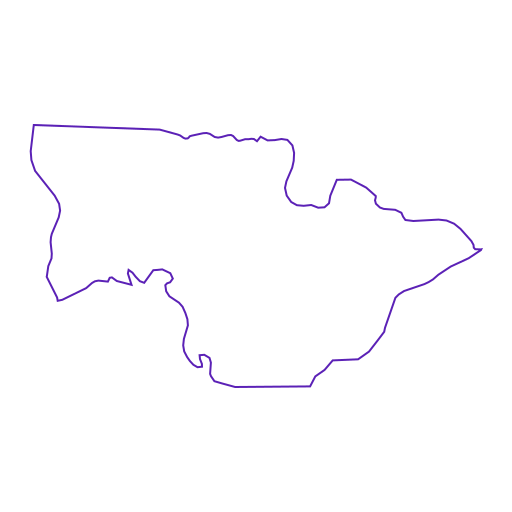 SVG path tracing the border of Koundara
{"feature_id": "GIN-5646", "entity_name": "Koundara", "entity_type": "Prefecture", "adm_level": 1, "iso_a3": "GIN", "parent_name": "Guinea", "parent_adm1": "", "projection": "mercator", "projection_center": [-13.196, 12.344], "detail": "fine", "context": "isolated", "style": "outline", "palette": "violet", "viewbox_px": 512, "rotation_deg": 0, "n_neighbors": 0, "source": "natural_earth", "source_scale": "10m", "svg_char_len": 2036}
<svg xmlns="http://www.w3.org/2000/svg" viewBox="0 0 512 512"><path d="M177.2,134.4L178.4,134.8L180.2,135.5L183.6,137.9L185.4,138.6L187.7,138.4L188.8,137.5L189.7,136.3L191.6,135.7L203.2,133.2L206.6,133.0L209.9,133.9L214.7,137.0L218.1,137.6L221.5,137.0L228.0,135.2L231.0,135.0L233.1,136.0L236.8,140.0L238.6,140.9L240.2,140.7L245.1,139.2L248.6,139.2L251.3,138.8L253.9,139.0L257.0,141.2L260.6,136.7L267.6,140.4L274.8,140.1L281.5,139.0L287.4,139.9L292.4,145.4L294.1,152.9L293.7,160.9L292.2,167.7L286.4,181.3L285.0,187.9L286.7,195.6L291.2,202.0L296.9,205.2L303.7,205.8L311.2,205.0L318.2,207.7L324.5,207.3L329.0,203.3L330.3,195.7L336.8,179.8L351.0,179.6L366.2,187.6L375.8,196.1L375.7,197.7L375.0,200.3L375.9,203.7L379.9,207.5L383.7,208.9L395.2,209.8L401.4,212.8L403.1,216.7L405.4,220.0L413.4,221.0L438.5,219.6L446.5,220.5L454.1,223.7L460.5,228.9L471.4,241.1L473.5,244.9L473.8,247.7L475.2,249.2L480.8,249.4L481.3,249.3L481.0,250.0L468.7,258.2L450.8,266.5L438.4,274.7L433.0,279.4L428.6,282.1L424.4,284.1L404.1,291.0L398.8,294.4L395.4,297.8L385.0,327.8L384.2,331.8L377.7,340.4L369.0,351.6L358.1,359.3L332.7,360.4L324.6,369.9L315.3,376.4L310.1,386.4L235.1,387.0L222.3,383.5L214.4,381.2L211.0,376.2L210.1,373.9L210.5,368.1L210.9,362.6L209.5,357.9L204.3,354.8L199.6,355.2L200.0,359.1L201.9,363.9L202.0,366.7L197.5,367.2L193.4,364.8L189.9,361.0L187.1,357.0L184.2,351.4L183.2,345.4L183.9,338.9L187.9,325.4L187.4,319.2L185.4,313.1L182.6,306.8L179.0,302.7L173.6,299.1L169.4,296.3L166.2,291.3L165.3,285.2L167.1,283.3L170.1,282.3L172.8,278.6L170.3,273.2L162.3,269.4L157.6,269.9L153.3,270.2L144.2,282.8L139.9,281.2L135.6,276.7L132.5,272.7L128.6,269.9L127.9,273.5L131.5,284.8L116.8,281.0L111.9,277.4L109.7,277.8L107.9,281.6L98.4,280.6L94.9,281.3L92.0,283.0L86.2,288.1L62.3,299.8L57.7,300.8L57.1,297.5L46.7,276.8L46.8,276.6L48.3,266.1L51.5,258.4L51.8,253.7L50.6,242.2L51.0,237.1L51.8,233.8L58.7,217.4L60.1,210.6L59.1,203.8L54.7,195.7L35.1,170.9L31.4,160.1L30.7,151.2L33.8,125.0L159.7,129.6L177.2,134.4Z" fill="none" stroke="#5b21b6" stroke-width="2"/></svg>